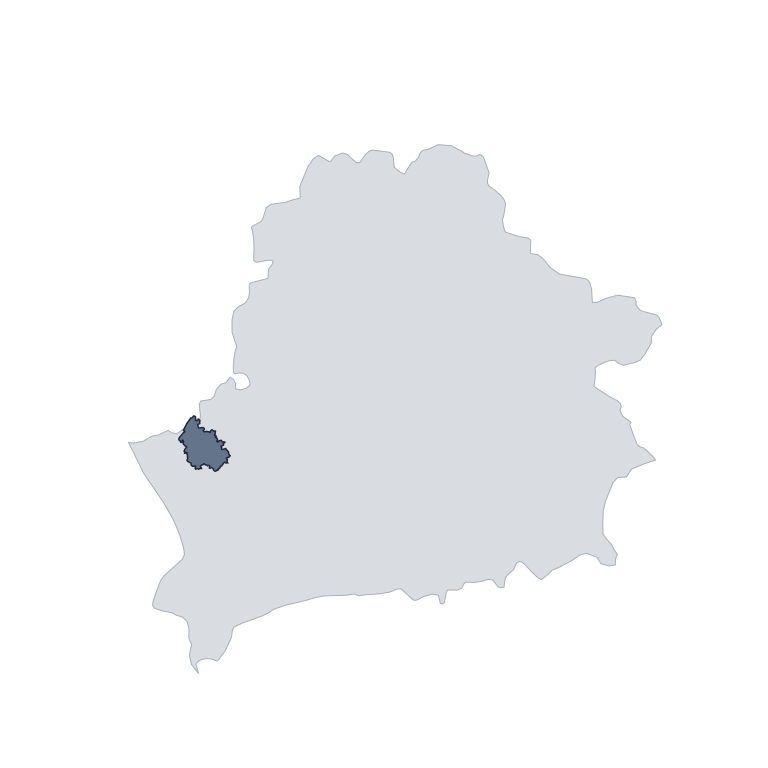 location of Shchuchyn, Grodno, Belarus, rotated 344°
{"feature_id": "67162791B66420794580046", "entity_name": "Shchuchyn", "entity_type": "district", "adm_level": 2, "iso_a3": "BLR", "parent_name": "Belarus", "parent_adm1": "Grodno", "projection": "orthographic", "projection_center": [24.728, 53.725], "detail": "fine", "context": "in_parent", "style": "filled", "palette": "slate", "viewbox_px": 768, "rotation_deg": 344, "n_neighbors": 0, "source": "geoboundaries", "source_scale": "gbopen_adm2", "svg_char_len": 8309}
<svg xmlns="http://www.w3.org/2000/svg" viewBox="0 0 768 768"><g transform="rotate(344 384 384)"><path d="M624.0,532.0L612.4,532.4L598.6,534.0L591.3,540.2L582.7,538.3L576.9,541.9L564.5,558.0L559.7,566.5L555.6,579.4L553.2,588.8L555.5,595.1L558.5,600.8L559.6,607.2L561.3,612.2L558.2,616.1L556.6,621.6L550.6,621.1L543.0,616.6L541.0,609.4L535.0,604.7L531.2,602.4L525.2,602.4L515.8,605.5L503.4,608.2L494.0,609.4L489.0,612.3L481.6,615.4L478.4,612.5L473.7,604.5L469.7,596.4L467.1,592.9L465.0,592.0L462.4,592.4L459.7,595.2L457.6,598.0L449.9,601.6L446.6,604.8L443.2,612.6L440.6,612.2L437.9,610.6L434.4,602.3L430.2,600.5L423.6,600.7L415.3,599.4L408.5,597.1L406.1,597.8L402.3,601.7L398.0,602.4L388.5,599.6L386.7,601.1L381.7,610.8L379.2,611.4L377.7,610.2L378.1,602.0L372.6,599.3L363.4,599.2L356.9,600.7L353.8,600.5L352.1,598.9L343.7,585.4L339.5,584.7L332.1,585.6L321.0,584.3L308.2,581.5L301.2,580.6L297.5,577.6L289.7,576.7L268.6,571.3L260.0,570.4L247.4,570.5L228.2,569.4L215.9,570.2L210.2,572.1L203.6,573.3L180.8,574.9L172.6,576.4L170.2,579.3L167.5,585.6L158.0,596.5L148.7,603.7L147.1,604.3L141.7,600.4L137.3,599.0L132.0,598.5L128.3,599.7L125.9,601.5L126.1,609.9L125.6,610.7L121.7,600.6L122.1,591.5L124.5,586.4L127.3,581.7L126.3,574.7L129.1,565.5L129.3,558.8L128.1,555.9L126.0,552.5L120.2,548.7L117.6,545.7L109.7,541.7L101.9,536.7L100.6,533.8L101.0,531.7L102.5,528.7L108.7,519.8L115.3,511.2L119.6,507.8L141.8,496.9L145.2,493.0L146.2,486.4L146.0,473.0L144.8,460.8L143.2,452.4L139.2,436.5L128.4,403.7L122.3,369.7L126.6,371.7L136.8,372.7L145.0,370.4L149.2,370.2L152.9,370.9L163.7,369.1L166.3,372.2L171.0,374.9L180.5,371.1L188.8,366.3L197.4,366.9L198.7,364.5L200.8,352.5L203.3,349.9L213.6,351.1L217.4,348.9L221.4,342.9L227.4,339.2L232.4,339.2L237.7,335.0L240.3,337.7L241.6,342.7L239.9,346.7L240.7,348.2L244.3,350.1L250.6,350.0L254.6,348.3L255.5,346.0L255.4,341.9L254.4,338.1L251.7,334.8L246.7,333.2L243.2,333.1L242.6,331.0L243.7,326.5L246.7,318.2L250.3,310.7L252.6,307.8L252.9,305.2L252.4,300.7L252.2,292.5L255.4,281.0L259.8,272.4L265.7,269.5L273.0,267.9L277.7,263.7L279.9,259.0L281.7,251.5L284.0,250.0L301.6,250.5L304.1,243.1L305.5,241.0L308.9,238.7L311.1,236.0L310.2,234.0L305.7,232.9L295.1,232.0L292.9,229.6L293.5,226.7L296.1,219.0L298.6,209.2L299.7,201.6L299.7,197.1L301.2,195.8L309.7,194.2L312.5,192.6L319.4,182.1L324.9,180.1L339.4,182.3L346.0,181.8L354.3,182.2L355.0,181.2L357.5,170.9L370.9,153.9L378.2,147.9L382.9,146.4L384.5,146.6L392.5,154.9L394.3,155.2L399.2,151.3L407.8,150.5L412.0,153.3L418.4,163.5L421.5,164.6L429.6,158.2L434.2,156.0L437.3,155.9L453.8,163.0L455.1,165.6L455.4,168.7L453.6,178.4L457.3,184.1L461.4,187.9L469.2,180.7L472.1,178.6L475.5,178.3L479.7,175.6L482.7,171.6L485.7,170.1L491.6,170.6L502.1,168.9L515.0,173.7L516.2,175.4L523.0,181.7L525.4,184.9L527.6,185.8L531.2,188.8L535.8,190.5L538.8,189.6L540.4,190.6L542.0,193.1L542.5,197.5L543.2,210.2L539.3,217.2L538.9,219.6L539.4,222.4L543.4,227.5L548.7,235.6L550.3,240.5L550.6,244.2L545.3,255.6L543.4,258.3L542.4,263.8L542.1,269.3L542.7,271.6L554.1,279.3L562.4,283.3L564.3,285.4L564.6,286.8L561.3,296.5L561.1,299.0L567.8,302.3L571.8,308.1L575.8,317.7L582.8,326.6L606.6,338.3L608.8,340.6L609.8,343.5L609.7,350.1L606.8,362.8L610.9,364.3L620.8,362.8L633.1,363.0L648.6,370.2L649.1,374.1L648.0,377.9L649.4,381.5L651.3,384.5L665.1,392.9L666.6,395.6L667.4,400.3L667.4,403.8L664.0,404.9L660.2,407.0L654.3,411.9L652.4,418.1L642.9,427.3L636.8,431.7L631.7,432.4L619.4,432.0L614.7,428.4L612.5,424.9L607.7,423.7L601.4,424.1L592.9,425.6L591.3,426.9L590.3,431.5L587.3,439.6L585.1,444.2L597.5,458.5L603.6,464.3L605.8,468.0L605.9,470.8L603.6,474.3L604.6,480.7L610.8,488.8L609.1,490.3L609.6,500.9L610.7,512.2L612.4,514.8L615.6,516.7L618.4,520.6L623.4,529.6L624.0,532.0Z" fill="#d9dde1" stroke="#a8b0b8" stroke-width="1"/><path d="M177.3,410.4L177.9,410.6L178.3,410.6L178.5,410.7L178.9,410.8L179.4,410.8L179.8,410.8L180.3,411.0L180.2,411.7L179.9,411.9L179.6,412.3L179.4,412.8L179.3,413.1L179.2,413.5L179.4,413.9L179.7,414.0L180.2,413.9L180.6,413.8L181.1,413.8L181.5,414.0L181.9,414.3L182.1,414.5L182.4,414.8L182.6,414.8L182.9,414.8L183.4,414.6L183.9,414.6L184.5,414.8L185.3,414.9L185.3,414.4L185.1,414.0L184.9,413.6L184.8,412.8L184.8,412.4L185.0,412.2L185.4,412.1L186.6,411.6L187.1,411.6L187.7,411.6L188.2,411.5L188.4,411.2L188.7,411.0L189.1,411.0L189.3,411.3L189.5,411.7L189.7,412.0L189.9,412.3L190.1,412.5L190.4,412.7L190.7,412.7L191.0,412.8L191.3,413.0L191.5,413.3L191.6,413.6L191.7,413.8L191.8,414.0L192.0,414.1L192.4,414.1L193.0,414.0L193.4,414.1L193.7,414.4L193.8,414.8L193.8,415.3L193.5,415.8L193.2,416.2L193.0,416.7L193.3,417.0L193.9,417.0L194.4,417.0L195.1,417.0L195.7,417.3L195.9,417.5L196.2,417.8L196.5,418.6L196.5,419.1L196.5,419.6L196.7,420.3L196.9,420.6L197.2,420.9L197.6,421.2L197.9,421.3L198.6,421.3L199.0,421.1L199.3,420.8L199.7,420.9L200.0,421.1L200.5,421.1L200.9,420.9L201.0,420.4L201.3,420.1L202.3,419.8L202.9,419.6L203.2,419.4L203.5,419.0L203.6,418.5L203.8,418.1L204.2,418.0L205.0,418.0L205.6,418.0L205.8,417.7L206.0,417.3L206.2,417.1L206.7,416.9L206.9,416.9L207.3,416.4L207.4,416.1L207.7,415.9L207.9,415.8L208.2,415.7L208.6,415.5L208.9,415.3L209.2,415.2L209.4,415.4L209.7,415.8L209.9,416.0L210.2,416.3L210.4,416.4L210.8,416.5L211.0,416.5L212.0,416.7L211.8,416.2L211.7,415.1L212.2,414.6L212.2,413.9L212.5,413.6L212.7,413.2L212.3,412.9L212.1,412.2L212.6,411.6L213.4,411.5L214.3,411.5L214.9,411.5L215.5,411.3L215.9,411.0L216.1,410.7L216.3,410.5L215.9,410.0L215.8,409.6L215.7,408.6L215.5,408.0L215.6,407.2L215.8,406.7L215.8,406.3L215.4,405.9L215.2,405.3L215.0,404.6L214.7,404.2L214.2,404.1L214.2,403.6L214.2,402.9L214.1,402.4L213.5,402.4L213.0,402.4L212.3,402.4L211.2,402.4L210.7,402.5L210.0,402.2L209.8,401.8L210.1,401.0L210.3,400.7L210.5,400.4L210.5,400.1L210.3,399.8L210.0,399.4L210.1,399.1L210.3,398.9L210.9,398.8L211.6,398.7L212.3,398.6L212.9,398.5L213.0,398.2L213.0,397.6L213.1,397.0L213.5,396.7L214.3,396.6L214.7,396.5L215.0,396.2L214.9,395.8L214.6,395.7L213.9,395.5L213.6,395.3L213.3,395.3L212.8,395.1L212.5,394.8L212.3,394.3L212.3,393.9L212.1,393.3L211.6,393.1L211.1,393.3L210.4,393.3L209.9,393.1L209.3,393.4L209.1,393.9L208.4,394.0L208.0,393.7L207.6,393.3L207.7,392.6L208.2,392.2L208.6,391.7L208.7,391.2L208.7,390.7L208.4,390.2L208.2,389.6L207.8,389.3L207.4,389.0L207.3,388.7L207.7,388.4L208.1,388.2L208.4,388.0L208.3,387.7L207.8,387.3L207.3,387.2L207.0,386.7L207.0,386.2L207.3,385.9L207.9,385.6L208.2,384.9L208.2,384.4L208.4,383.8L208.7,383.2L209.0,382.9L208.6,382.5L208.0,382.5L207.6,382.5L207.1,382.0L206.7,381.4L206.3,380.9L206.0,380.6L205.9,380.6L205.5,380.7L204.8,381.0L204.4,381.3L204.0,381.8L203.8,382.4L203.4,382.6L203.0,382.4L202.8,381.9L202.6,381.7L202.1,381.5L201.4,381.4L201.0,381.0L200.7,380.7L199.9,380.7L199.6,380.7L198.7,380.6L198.2,380.4L197.6,380.0L197.4,379.3L197.4,378.9L198.0,378.6L198.6,378.4L198.9,377.7L198.9,377.1L198.2,376.1L197.7,375.9L196.6,375.6L195.5,375.6L194.6,375.4L193.9,375.2L193.6,374.5L193.6,373.3L193.5,372.4L193.8,371.7L194.5,371.5L195.1,371.4L195.9,371.3L196.1,371.0L196.1,370.4L196.2,369.8L196.7,369.1L196.9,368.7L197.0,368.3L196.6,367.5L195.8,366.5L195.4,367.2L194.6,367.6L193.6,367.6L192.8,367.3L193.0,366.3L193.2,365.7L193.6,364.4L193.7,363.3L192.3,362.2L190.3,363.6L189.3,363.6L188.8,363.4L188.4,363.6L187.9,364.4L186.5,365.3L184.7,366.7L183.4,367.8L182.6,368.8L181.6,369.7L180.9,370.5L179.5,372.1L178.4,373.5L179.1,374.0L179.4,374.5L179.0,375.1L178.1,375.5L177.4,375.7L176.5,376.5L175.6,377.1L174.2,378.0L172.6,379.0L171.8,380.1L171.5,380.9L171.7,381.7L172.2,382.3L172.5,382.8L172.4,383.4L172.5,384.1L173.1,384.2L173.7,384.2L174.6,384.0L174.6,383.5L174.4,382.8L174.7,382.5L175.1,382.6L175.4,383.0L175.5,383.7L175.3,384.3L175.0,384.9L174.6,385.3L174.6,385.9L174.7,386.6L175.0,387.2L175.2,387.7L175.5,388.3L175.8,388.8L176.1,389.1L176.6,389.6L176.9,390.0L176.7,390.5L175.6,391.1L175.1,391.5L174.7,391.9L174.1,392.6L173.5,393.1L173.3,393.5L173.5,394.0L173.8,394.4L173.8,395.1L173.5,395.2L173.3,395.6L174.3,395.7L175.0,395.6L175.6,395.6L175.7,396.0L175.6,396.6L175.2,397.1L175.3,397.7L175.4,399.0L175.0,399.6L174.8,400.3L174.9,400.9L174.8,401.7L174.1,402.4L173.6,402.8L173.6,403.5L173.9,404.2L174.7,405.0L175.9,406.1L176.5,406.6L176.7,407.1L176.6,407.6L176.4,408.0L176.3,408.5L176.4,409.1L176.7,409.5L177.0,409.9L177.1,410.1L177.3,410.4Z" fill="#64748b" stroke="#1e293b" stroke-width="1.5"/></g></svg>